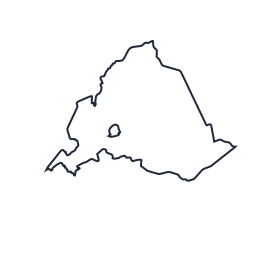 the Department of Tillabéri, rotated 67°
{"feature_id": "NER-4859", "entity_name": "Tillabéri", "entity_type": "Department", "adm_level": 1, "iso_a3": "NER", "parent_name": "Niger", "parent_adm1": "", "projection": "equal_earth", "projection_center": [2.123, 13.809], "detail": "fine", "context": "isolated", "style": "outline", "palette": "slate", "viewbox_px": 256, "rotation_deg": 67, "n_neighbors": 0, "source": "natural_earth", "source_scale": "10m", "svg_char_len": 5653}
<svg xmlns="http://www.w3.org/2000/svg" viewBox="0 0 256 256"><g transform="rotate(67 128 128)"><path d="M150.9,195.3L150.5,196.1L149.6,196.1L149.2,196.2L148.5,196.2L148.2,196.3L147.8,196.6L147.2,197.5L146.9,197.9L146.5,198.0L146.1,197.6L145.8,197.8L145.6,198.1L145.5,198.5L145.4,198.8L145.3,199.2L144.8,200.3L144.4,200.5L143.2,200.1L142.9,200.1L142.5,200.5L142.3,200.7L142.1,200.7L141.8,200.4L141.7,200.4L140.4,200.8L140.2,201.0L139.9,201.4L139.7,201.6L139.3,201.4L139.3,201.1L139.2,201.0L138.8,201.0L138.4,200.9L138.2,201.0L138.0,201.6L137.8,202.1L137.6,202.1L137.4,201.8L137.2,201.7L137.0,201.9L136.7,202.4L136.6,202.5L136.1,202.6L135.3,202.5L134.8,202.6L134.0,203.2L133.7,204.0L133.7,205.1L134.0,207.8L135.2,212.3L135.4,212.7L135.7,213.1L136.1,213.5L136.4,213.8L136.8,213.9L137.0,214.1L137.1,214.7L137.1,215.5L136.8,215.6L136.4,215.4L136.1,215.4L135.8,215.8L135.5,216.5L135.3,216.8L135.0,217.0L134.7,216.9L134.4,217.0L134.2,217.6L134.2,218.1L134.6,219.0L134.7,219.5L132.8,217.4L130.0,212.2L127.5,207.5L124.8,202.6L123.3,199.8L122.6,198.1L122.7,196.7L123.2,196.1L125.3,195.5L125.5,195.4L125.7,194.9L125.9,194.7L126.1,194.8L126.4,195.0L126.6,195.1L128.7,194.8L129.3,194.7L129.5,194.1L129.4,193.1L129.4,192.8L129.6,192.3L129.6,192.1L129.4,191.8L129.0,191.1L128.8,190.7L128.5,190.0L128.3,189.4L128.0,186.5L127.9,185.9L127.7,185.2L127.3,184.7L126.7,184.2L126.3,183.8L125.9,183.3L125.8,183.0L125.6,182.1L124.7,180.6L123.2,180.1L119.8,179.7L119.4,180.0L118.8,180.9L118.4,181.2L118.2,181.1L117.9,181.0L117.6,181.1L117.5,181.3L117.2,181.9L116.6,183.1L116.2,184.1L115.8,184.9L115.2,185.4L114.6,185.5L110.1,185.0L106.4,184.6L105.2,184.2L104.2,183.4L101.8,180.7L99.8,178.5L96.9,175.3L96.0,174.3L93.4,171.3L91.2,169.0L89.2,166.7L88.1,166.0L85.6,165.7L84.6,165.0L84.3,164.2L84.2,163.3L84.2,162.4L84.1,159.4L84.1,154.9L84.1,150.8L84.6,148.9L85.4,149.0L88.2,150.5L90.1,151.2L90.9,151.6L91.1,151.5L91.5,149.9L91.7,149.3L91.9,149.1L92.5,149.3L93.1,150.0L93.8,150.5L94.7,149.9L94.1,148.9L93.5,148.4L92.9,148.2L91.4,148.0L90.8,147.7L86.9,145.4L85.7,144.2L85.1,142.8L84.9,140.6L83.5,138.6L81.5,137.1L79.9,136.4L78.6,136.6L77.9,136.5L77.2,136.1L76.8,135.6L76.8,135.3L76.9,135.1L76.9,134.9L76.9,134.6L76.9,134.2L76.8,133.9L76.4,133.8L71.7,134.0L70.8,133.5L70.3,132.3L70.4,131.6L70.8,130.6L71.0,129.7L70.8,129.3L70.1,128.9L69.7,128.4L69.3,127.7L68.1,126.7L67.6,126.0L67.4,125.8L67.2,125.3L66.9,124.4L66.6,124.0L65.8,123.3L65.6,123.0L65.6,122.5L65.9,121.6L65.9,121.2L65.5,120.6L64.9,120.2L64.3,119.7L64.0,118.8L64.0,118.0L63.6,117.6L63.1,117.3L62.8,116.8L62.8,116.4L63.1,115.6L63.2,115.3L63.0,114.9L62.8,114.6L62.6,114.4L62.4,114.1L61.9,113.2L61.8,112.6L61.9,112.1L62.8,110.3L62.9,109.8L63.1,108.3L63.3,107.9L63.6,107.3L63.6,106.9L63.5,106.6L62.0,103.9L56.9,97.8L56.5,97.3L55.4,94.9L55.2,92.5L57.6,83.7L57.4,82.3L56.4,79.5L56.4,78.1L56.9,77.4L57.3,76.9L57.7,76.2L57.6,75.1L57.4,72.8L57.4,71.6L57.7,71.1L62.4,72.6L63.6,72.6L64.7,72.3L67.0,71.3L68.1,71.2L73.6,73.8L74.1,73.7L75.1,73.4L76.1,72.9L77.1,72.4L82.6,72.1L83.5,71.9L84.4,71.3L87.4,67.7L89.7,64.9L92.5,61.4L94.9,58.5L95.9,57.7L97.1,57.4L99.7,57.2L103.1,57.1L106.6,56.9L110.0,56.8L113.4,56.6L116.8,56.5L120.3,56.3L123.7,56.2L127.1,56.0L130.5,55.9L134.0,55.7L137.4,55.6L140.8,55.4L144.2,55.3L147.6,55.1L151.1,55.0L154.5,54.8L156.2,54.7L156.4,54.1L156.4,52.3L156.5,51.5L156.6,51.0L156.9,50.7L157.4,50.6L158.8,50.5L163.1,51.5L169.7,52.9L173.4,53.8L173.6,53.8L174.2,54.0L174.5,48.5L174.9,47.2L178.0,44.8L180.7,40.8L182.0,39.9L184.9,39.2L186.2,38.2L187.1,36.8L187.2,36.5L187.5,37.2L195.5,66.6L195.3,73.2L195.4,75.3L195.7,76.3L200.8,87.2L200.2,92.9L199.1,94.4L198.2,94.8L197.8,95.0L197.5,95.4L197.1,96.9L196.7,97.5L196.1,98.0L193.4,99.7L193.1,99.7L192.1,99.7L191.6,99.7L191.3,99.9L190.7,100.2L190.2,100.5L185.4,106.0L184.4,107.9L184.2,108.4L184.0,109.1L182.8,116.4L182.5,117.3L181.8,118.5L175.3,126.5L174.1,127.4L168.2,130.8L167.8,130.8L167.3,130.6L163.6,128.6L163.0,128.3L162.5,128.3L162.2,128.8L161.5,130.3L161.1,131.6L160.5,135.6L160.3,136.4L160.1,137.0L159.6,137.2L159.0,137.3L156.5,137.3L156.3,137.4L155.9,137.6L155.7,138.2L154.9,140.5L154.6,141.0L154.1,141.3L153.1,141.5L152.3,141.8L152.2,142.1L152.1,142.3L152.0,143.3L151.8,144.4L151.6,145.4L151.5,146.0L151.6,146.5L151.9,147.4L152.0,147.6L152.0,147.9L151.6,150.1L151.1,152.1L150.4,153.4L150.2,153.7L150.0,153.9L149.7,153.9L149.2,153.7L148.7,153.3L148.6,153.2L147.7,153.1L147.2,153.1L146.0,153.4L142.9,156.6L142.8,156.8L142.4,156.9L142.0,157.1L141.8,157.1L141.4,157.2L140.9,157.1L140.1,156.8L139.9,156.8L139.7,156.8L139.4,156.9L138.9,157.3L138.6,157.6L138.1,158.3L137.9,158.8L137.7,159.1L137.7,159.4L137.7,159.7L137.7,160.0L139.9,166.5L140.0,166.5L145.6,167.3L146.2,167.5L146.6,167.9L146.7,168.7L146.7,169.1L146.6,169.3L146.0,169.8L144.7,171.2L144.6,171.3L143.8,171.9L143.2,172.4L142.7,173.0L142.5,173.3L142.4,173.7L142.3,173.9L142.2,174.5L142.3,175.1L142.3,175.7L142.9,178.8L143.0,179.3L143.0,180.0L142.9,180.9L142.7,182.0L142.7,183.2L142.9,186.5L143.0,187.4L143.2,188.0L143.2,189.3L143.3,189.8L144.7,189.8L144.8,189.9L144.9,190.0L145.2,190.0L145.3,189.6L145.3,189.3L145.4,189.0L145.6,188.6L145.7,188.4L146.1,188.3L146.4,188.4L146.6,188.9L146.7,189.6L146.7,190.8L146.9,192.1L147.3,193.2L148.1,193.7L148.8,193.9L150.1,194.9L150.9,195.3ZM125.1,137.0L123.3,136.5L122.0,136.5L120.7,137.2L119.9,138.4L119.8,139.5L119.9,141.2L120.5,143.0L121.3,144.5L122.4,145.9L123.6,146.5L124.9,146.7L126.1,146.9L127.2,146.7L127.4,147.4L127.6,148.2L127.8,149.0L128.6,148.2L129.2,147.7L129.9,145.8L130.3,143.7L130.6,141.8L130.7,140.3L130.6,139.1L130.0,138.6L129.2,138.9L128.8,138.4L128.9,136.9L128.6,136.8L126.9,136.9L125.1,137.0Z" fill="none" stroke="#1e293b" stroke-width="2"/></g></svg>